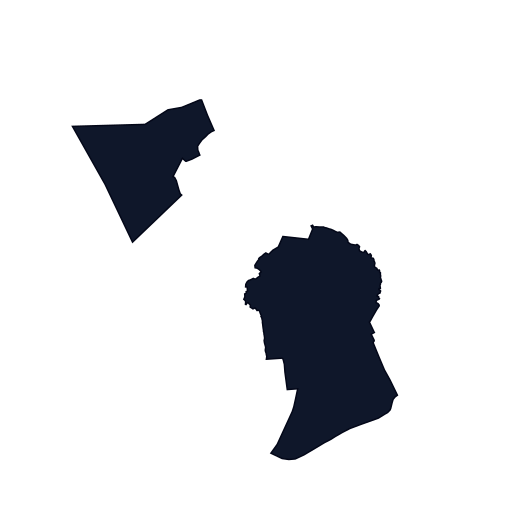 Gombe, Gombe, Nigeria (orthographic projection), rotated 242°
{"feature_id": "59680162B83386112613514", "entity_name": "Gombe", "entity_type": "district", "adm_level": 2, "iso_a3": "NGA", "parent_name": "Nigeria", "parent_adm1": "Gombe", "projection": "orthographic", "projection_center": [11.179, 10.302], "detail": "fine", "context": "isolated", "style": "filled", "palette": "ink", "viewbox_px": 512, "rotation_deg": 242, "n_neighbors": 0, "source": "geoboundaries", "source_scale": "gbopen_adm2", "svg_char_len": 3520}
<svg xmlns="http://www.w3.org/2000/svg" viewBox="0 0 512 512"><g transform="rotate(242 256 256)"><path d="M260.6,288.9L253.5,279.9L253.2,273.5L252.8,272.4L252.5,271.2L251.6,268.5L251.9,267.6L254.1,266.1L253.8,263.6L253.1,261.1L252.9,258.7L252.5,257.3L251.6,257.3L251.6,256.8L250.5,254.4L248.3,250.6L247.3,250.2L246.0,249.7L244.7,251.3L242.9,252.3L240.6,253.1L239.9,253.1L239.4,252.8L239.2,251.6L238.8,250.6L237.4,250.5L236.4,249.9L236.3,247.4L236.0,246.2L235.8,244.8L236.6,243.8L237.5,243.1L237.5,240.9L237.6,239.5L237.9,237.9L237.3,235.9L235.8,233.7L233.6,232.3L233.0,233.3L232.2,233.4L230.7,232.7L229.1,232.3L229.2,230.6L227.8,230.1L227.8,228.2L225.7,227.3L224.9,226.7L223.5,224.9L221.6,225.6L220.3,225.3L218.3,224.0L217.8,224.4L218.7,226.4L218.5,227.2L216.8,227.5L215.5,228.1L214.7,227.5L213.6,226.9L212.1,227.8L210.8,228.4L210.6,229.2L210.7,230.5L210.3,230.9L208.5,231.2L207.4,231.3L206.9,232.7L206.1,233.3L202.8,232.8L200.9,232.8L200.3,232.0L198.8,232.1L197.2,231.6L195.9,231.3L195.1,230.9L194.4,230.5L193.8,230.2L193.1,230.1L192.5,229.8L190.2,228.9L188.9,228.4L187.7,228.0L186.7,227.6L185.9,227.2L184.2,226.9L183.7,226.5L182.5,226.1L182.3,226.1L179.6,225.1L179.0,224.7L178.3,224.1L177.4,223.4L176.1,223.0L175.4,222.7L173.5,222.3L171.3,221.8L170.4,221.4L169.3,220.5L168.3,219.9L167.0,219.5L165.7,219.4L164.0,218.8L162.3,218.4L160.0,216.7L153.6,231.0L152.3,231.5L147.1,230.2L139.8,227.0L123.4,220.9L119.2,230.5L110.6,223.3L105.1,218.6L101.6,215.0L79.7,186.3L74.9,176.6L64.9,184.0L60.9,189.5L58.4,195.4L57.9,205.1L59.1,229.3L59.0,232.6L59.0,236.3L59.4,241.0L59.7,249.3L59.6,258.0L58.1,269.5L55.4,288.1L55.9,295.1L56.0,298.7L57.1,302.1L58.2,303.4L62.9,307.6L65.1,309.8L66.3,312.7L66.7,315.5L83.5,316.1L95.1,315.9L109.6,317.2L124.3,318.7L124.8,319.0L125.5,320.4L126.2,320.8L132.9,321.0L132.9,324.6L134.0,324.6L144.5,325.1L144.9,326.3L147.5,330.2L149.0,332.6L152.0,337.4L154.1,341.3L154.8,341.7L156.4,341.5L157.3,341.1L158.0,340.3L158.4,340.1L158.9,340.4L159.5,340.8L160.3,341.3L160.1,344.4L160.4,345.0L161.5,344.7L162.7,345.2L163.4,344.3L163.9,344.1L164.7,345.0L165.3,346.7L165.0,347.9L166.6,349.6L167.4,349.4L168.8,348.7L169.5,349.4L169.0,350.6L169.9,351.0L171.8,351.6L172.6,352.6L173.6,353.1L174.0,354.3L174.7,355.1L176.1,355.3L177.6,355.6L178.5,355.7L179.8,356.7L181.4,357.2L182.8,358.0L183.8,357.6L185.0,358.2L185.7,358.3L186.3,356.9L187.1,356.7L188.3,356.9L190.6,355.6L191.5,355.8L192.5,356.5L193.8,357.6L194.6,357.8L195.5,357.9L196.3,357.8L197.0,358.3L198.8,358.5L199.6,357.7L200.0,356.7L200.7,356.7L201.4,357.4L202.1,358.0L203.3,358.1L204.3,357.9L204.3,356.5L204.6,355.9L205.2,355.4L206.1,355.4L208.3,355.3L209.5,354.9L209.4,354.3L208.6,353.1L208.9,352.1L210.1,351.1L212.0,349.9L214.1,350.3L215.6,351.8L217.2,351.5L218.8,350.6L218.9,349.0L222.0,345.1L224.9,343.7L226.8,344.4L229.0,344.3L232.5,343.3L237.8,341.3L238.7,338.9L240.4,337.6L242.5,336.2L244.5,334.6L245.4,333.5L247.7,331.4L249.0,329.8L249.8,329.4L250.3,328.4L251.6,326.0L252.9,323.9L253.6,322.9L254.1,321.7L254.2,320.6L256.6,320.4L256.7,318.8L253.3,318.7L252.9,318.3L246.1,310.2L260.6,288.9ZM326.2,153.5L344.7,219.0L346.4,218.3L350.4,218.9L359.9,221.0L363.6,221.0L365.0,219.9L376.8,236.9L372.7,238.4L372.4,238.8L371.6,245.0L371.6,246.2L371.5,253.8L372.4,253.8L374.1,254.1L376.7,254.3L378.9,255.3L380.4,256.0L382.1,259.1L383.9,262.8L385.1,267.7L386.2,271.0L386.7,275.1L386.5,277.9L403.0,279.2L419.3,281.2L420.2,279.6L422.1,260.1L426.4,246.9L424.3,219.8L456.6,154.8L390.1,156.4L326.2,153.5Z" fill="#0f172a" stroke="#020617" stroke-width="1.5"/></g></svg>